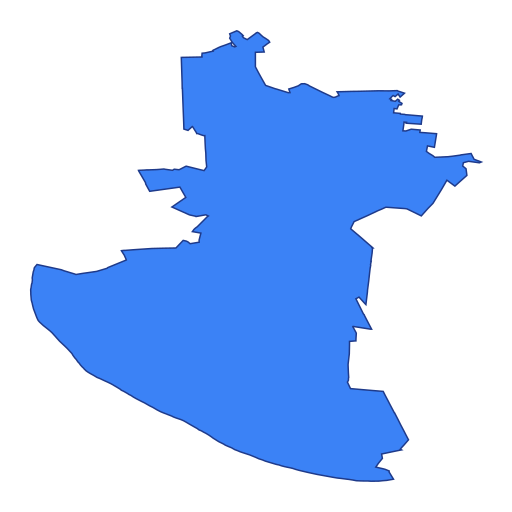 the district of Jumpravas pag., Lielvardes, Latvia
{"feature_id": "27541924B27221718879632", "entity_name": "Jumpravas pag.", "entity_type": "district", "adm_level": 2, "iso_a3": "LVA", "parent_name": "Latvia", "parent_adm1": "Lielvardes", "projection": "natural_earth1", "projection_center": [24.983, 56.676], "detail": "fine", "context": "isolated", "style": "filled", "palette": "blue", "viewbox_px": 512, "rotation_deg": 0, "n_neighbors": 0, "source": "geoboundaries", "source_scale": "gbopen_adm2", "svg_char_len": 5892}
<svg xmlns="http://www.w3.org/2000/svg" viewBox="0 0 512 512"><path d="M37.0,264.5L34.4,267.6L34.1,268.6L34.1,269.3L33.3,271.7L33.0,273.3L32.5,276.1L32.2,277.9L32.4,280.0L32.0,283.2L31.6,284.0L31.3,285.9L31.1,287.6L30.7,289.4L30.7,290.8L30.8,292.4L30.8,294.1L31.3,300.1L31.8,301.9L32.2,303.2L32.5,304.8L33.5,308.8L36.7,317.3L37.5,319.1L38.2,320.5L39.7,322.2L43.4,325.6L45.7,327.4L47.7,329.0L49.4,330.4L51.8,332.5L52.9,333.7L59.6,341.2L61.2,342.7L66.7,347.9L70.8,352.3L71.9,353.5L73.0,355.4L74.9,358.0L76.2,359.4L77.9,361.9L79.2,363.2L80.4,364.9L82.0,366.7L84.0,368.6L84.3,369.2L85.2,369.9L85.8,370.6L87.9,372.1L90.4,373.6L93.7,375.4L97.0,377.4L99.8,378.5L105.1,381.0L107.8,382.2L111.1,383.8L117.1,387.3L120.2,389.2L121.3,390.2L123.5,391.2L127.7,393.6L128.8,394.4L130.9,395.4L133.3,397.0L136.1,398.6L141.9,401.6L144.4,402.8L149.8,405.9L152.7,407.3L157.1,409.9L160.6,411.7L163.0,412.7L171.8,416.1L173.3,416.9L175.9,417.9L180.7,419.5L183.5,420.7L186.2,422.2L189.4,424.1L192.2,425.7L195.0,427.3L197.2,428.5L199.0,429.9L201.3,430.8L203.7,432.2L205.7,433.2L208.7,435.0L211.2,436.7L213.2,438.2L215.0,439.3L217.2,440.7L219.0,441.8L221.1,442.8L223.7,444.1L225.2,445.1L228.4,446.5L231.6,447.8L234.7,449.6L237.9,450.8L240.2,451.8L242.6,452.6L249.7,454.9L255.6,457.3L258.9,458.8L262.4,459.9L265.3,461.1L268.6,462.1L276.3,464.4L279.2,465.0L281.4,465.8L284.5,466.6L287.2,467.2L290.2,467.8L292.7,468.4L295.7,469.4L299.3,470.4L307.8,472.4L317.0,474.4L333.0,477.3L337.2,478.0L340.8,478.4L345.4,479.0L348.8,479.4L352.7,480.0L356.2,480.7L360.6,480.9L364.6,481.0L368.0,481.0L371.0,481.2L378.9,481.1L382.6,480.7L386.6,480.4L393.5,479.2L389.1,472.0L389.2,471.0L387.8,470.4L385.1,469.3L382.8,468.7L375.8,467.1L378.4,463.3L382.4,458.4L381.6,454.0L395.0,451.2L401.5,449.9L400.3,449.2L401.5,447.7L404.1,444.9L408.5,439.8L405.3,433.7L404.2,431.5L400.6,424.7L398.2,419.9L394.6,412.9L394.4,412.9L392.5,409.3L389.8,404.2L387.9,400.5L385.1,395.2L383.2,391.4L367.7,390.1L350.5,388.6L347.4,382.1L348.4,380.4L348.5,377.9L348.7,377.5L348.4,372.9L348.1,365.5L348.1,364.2L349.3,353.8L349.5,345.0L349.5,341.4L355.4,340.9L355.9,340.9L356.0,338.2L356.3,333.4L356.1,332.7L354.0,328.8L352.8,326.7L353.1,326.4L353.6,326.5L370.7,329.2L371.6,329.2L369.8,325.8L364.4,315.4L364.3,314.9L363.4,313.9L355.9,298.8L359.0,297.1L365.2,303.9L365.9,304.6L367.4,292.2L367.5,291.0L367.5,290.3L368.7,281.1L369.5,273.7L370.2,267.7L370.3,267.6L370.6,265.7L370.7,265.3L370.7,264.9L370.5,264.6L371.2,261.3L370.9,261.3L371.5,257.2L372.1,253.1L372.5,248.2L372.4,248.1L373.0,248.0L360.6,237.2L350.7,228.8L351.5,226.8L354.1,221.6L362.8,217.7L367.3,215.7L378.1,210.6L381.5,209.2L385.9,207.2L405.2,208.6L407.0,208.9L421.3,215.9L428.0,208.4L433.0,203.3L441.5,189.5L446.9,180.2L454.9,186.1L460.0,181.5L466.9,175.4L466.1,169.2L466.0,168.7L462.7,166.0L463.4,162.7L468.5,161.3L479.4,162.8L481.3,162.0L478.5,160.9L477.0,160.4L474.2,159.3L473.9,159.0L473.0,157.1L472.6,156.5L471.1,153.5L460.8,154.9L460.5,155.1L451.8,156.3L449.8,156.5L448.3,156.7L441.8,157.0L440.2,157.1L439.5,157.1L434.8,157.3L432.9,155.7L428.8,153.2L426.4,151.4L427.5,145.9L434.4,147.3L436.3,135.7L436.6,133.8L436.6,133.7L424.4,132.7L419.8,132.4L420.2,130.0L411.2,129.2L405.9,131.0L402.9,130.8L404.0,123.0L404.0,122.1L406.5,122.3L406.2,123.2L421.2,124.2L421.6,120.7L421.9,118.9L422.1,118.1L422.4,116.3L422.4,116.1L409.6,115.0L405.5,114.7L404.8,114.4L400.4,114.1L400.3,113.4L393.6,112.8L394.1,108.5L397.0,108.9L398.7,104.9L401.5,104.8L402.0,103.4L398.7,101.3L399.4,100.3L397.7,99.2L395.3,101.3L391.0,100.5L391.6,99.4L389.8,98.8L392.2,96.3L393.1,95.5L395.1,96.6L398.1,94.0L400.1,97.1L404.4,93.3L404.5,93.2L397.9,91.0L397.3,90.6L389.1,90.9L378.4,90.8L358.8,91.3L351.7,91.4L337.1,91.8L338.3,93.8L339.0,95.6L338.2,95.8L335.6,97.0L335.2,97.2L333.3,97.4L333.1,97.4L330.8,96.3L329.9,95.8L322.4,92.3L309.4,85.9L308.1,85.0L307.5,84.7L304.7,83.7L301.3,83.8L298.3,85.8L294.0,87.4L288.8,89.0L290.0,92.6L288.5,92.7L288.0,92.6L276.3,89.0L275.4,88.8L265.6,85.4L263.9,82.4L260.7,76.7L258.5,72.7L255.4,66.8L255.4,66.2L255.4,65.0L255.4,52.3L264.2,52.0L262.9,47.1L267.3,43.8L269.7,42.2L268.7,40.6L268.5,40.4L265.7,38.5L265.1,38.1L264.4,37.7L263.1,36.9L261.3,35.3L259.2,33.3L258.3,32.8L257.4,32.4L256.3,32.9L256.3,33.0L256.1,33.1L255.9,33.2L254.9,34.0L249.7,37.8L249.0,38.3L247.2,39.6L243.4,37.7L242.4,36.2L243.2,35.7L242.1,34.5L242.0,34.4L238.7,31.6L236.8,30.8L229.7,33.8L230.0,34.8L230.5,36.0L229.7,38.2L232.3,42.4L235.9,46.4L234.6,46.9L231.6,45.7L231.5,44.9L231.2,42.8L225.4,45.0L220.8,46.6L219.1,47.3L213.8,49.9L212.9,50.4L213.2,51.1L205.2,52.9L202.1,53.2L201.8,56.5L202.0,56.6L202.0,57.0L181.3,57.4L182.1,82.4L182.2,88.4L182.4,88.4L183.1,107.4L183.6,120.2L183.9,129.1L187.8,130.3L188.0,130.4L192.3,126.5L192.6,126.7L196.4,132.7L196.6,133.2L196.7,133.6L197.3,133.6L197.8,133.6L201.3,134.9L203.9,135.7L204.8,135.6L205.1,142.9L205.4,148.9L205.8,153.0L206.0,159.7L206.0,160.1L206.7,166.9L204.1,170.6L200.3,169.7L189.5,167.0L186.3,166.2L185.8,166.3L182.9,167.8L179.4,169.6L178.6,169.7L174.2,169.2L172.5,170.3L166.1,169.4L165.8,169.4L163.9,169.0L160.5,169.3L156.4,169.6L151.2,169.8L148.5,169.9L146.6,169.9L144.0,170.1L141.7,170.2L139.3,170.3L138.5,170.4L138.9,171.3L142.7,177.8L145.4,182.5L145.6,183.0L145.6,183.4L145.7,184.0L147.7,187.7L149.7,191.3L179.9,187.1L185.8,197.4L178.6,202.4L171.9,207.0L189.5,214.9L196.3,216.4L196.3,216.5L205.8,214.8L206.1,214.9L208.3,216.0L207.4,216.6L197.2,226.8L195.4,228.1L194.0,229.4L192.4,231.6L200.9,233.1L199.1,240.1L199.2,242.2L190.1,243.7L188.1,242.0L186.3,241.1L183.2,240.4L175.9,248.0L164.0,248.2L151.9,248.5L134.0,249.7L123.7,250.5L123.7,250.4L122.9,250.5L121.7,250.6L121.4,250.7L124.4,255.4L124.9,256.7L125.4,257.7L126.2,259.6L126.3,260.0L108.5,267.3L107.6,267.7L107.0,268.3L96.6,271.4L87.6,272.7L83.2,273.3L75.9,274.5L75.5,274.3L74.4,273.9L68.7,272.2L67.5,271.8L67.1,271.7L64.1,270.8L61.5,269.8L60.2,269.5L37.0,264.5Z" fill="#3b82f6" stroke="#1e3a8a" stroke-width="1.5"/></svg>